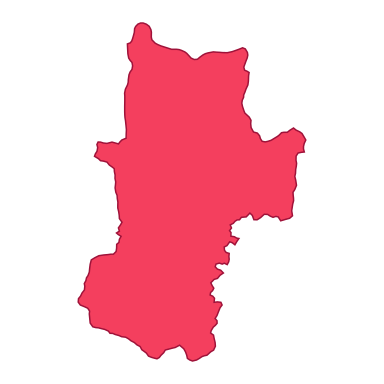 the district of Anhembi, São Paulo, Brazil
{"feature_id": "56859067B93211874574950", "entity_name": "Anhembi", "entity_type": "district", "adm_level": 2, "iso_a3": "BRA", "parent_name": "Brazil", "parent_adm1": "São Paulo", "projection": "mercator", "projection_center": [-48.17, -22.796], "detail": "fine", "context": "isolated", "style": "filled", "palette": "rose", "viewbox_px": 384, "rotation_deg": 0, "n_neighbors": 0, "source": "geoboundaries", "source_scale": "gbopen_adm2", "svg_char_len": 4044}
<svg xmlns="http://www.w3.org/2000/svg" viewBox="0 0 384 384"><path d="M249.1,72.5L247.0,71.2L244.6,70.2L243.8,67.1L246.1,60.7L247.2,58.0L247.8,55.1L247.4,52.4L245.3,48.9L242.6,47.8L238.6,49.4L234.4,50.9L232.0,51.7L227.3,52.7L222.8,52.6L219.2,52.3L217.0,52.2L213.3,51.9L208.0,52.9L205.3,53.7L203.0,54.9L199.7,57.3L197.4,59.3L194.2,59.5L191.1,58.1L186.7,53.3L184.8,51.9L181.5,50.4L179.2,49.6L176.6,49.3L171.6,49.3L163.4,46.7L160.9,45.9L157.8,44.6L155.2,43.2L151.9,39.8L151.3,37.1L151.4,32.2L150.9,29.6L149.2,26.3L146.4,24.2L143.1,23.0L140.6,23.0L137.9,24.1L135.7,26.4L134.6,28.6L134.3,32.5L133.3,36.2L132.6,38.6L131.7,41.1L130.2,42.9L127.4,43.9L127.6,48.4L127.9,53.9L128.7,58.1L130.0,60.2L132.0,62.5L132.6,65.8L132.0,69.4L130.1,72.0L129.0,74.8L128.3,79.7L128.2,82.3L127.5,84.9L125.4,89.2L124.6,93.2L124.8,96.1L124.8,101.0L124.7,106.1L124.7,111.6L124.8,114.9L125.0,117.7L125.5,120.7L126.0,125.5L126.4,129.7L126.2,133.8L126.1,138.2L121.8,140.0L119.8,142.1L118.5,143.9L112.0,142.1L107.0,143.4L103.4,143.0L100.5,142.1L98.1,142.0L96.9,144.5L97.7,147.5L97.0,151.3L95.4,153.8L94.5,156.3L98.5,158.7L100.5,160.7L103.4,161.1L107.0,162.1L109.3,165.0L111.9,166.8L114.2,168.6L114.4,171.7L115.1,175.0L115.0,178.4L115.7,181.9L115.5,184.4L115.1,187.9L115.8,192.2L117.1,195.4L117.3,198.6L117.9,202.1L117.8,205.2L117.8,208.0L118.7,211.8L119.2,215.2L119.4,218.6L122.0,222.2L120.5,224.9L118.4,227.9L119.4,231.1L116.5,233.0L118.2,234.5L121.1,236.3L119.4,239.3L118.9,242.5L116.7,244.3L116.6,248.1L116.1,251.5L113.4,254.2L110.9,254.2L108.0,254.6L103.5,255.0L98.9,255.7L94.9,257.7L91.3,259.9L90.2,264.2L89.7,268.0L89.3,272.1L88.0,275.6L86.5,277.8L85.9,280.6L84.3,283.6L84.8,286.2L84.4,290.0L82.1,292.9L80.5,296.2L78.5,298.6L78.2,302.1L80.3,305.0L84.7,306.8L87.7,308.2L89.6,311.1L89.3,313.9L89.8,319.1L90.2,323.1L92.8,326.8L95.8,327.6L98.4,327.8L101.3,328.6L104.7,329.4L108.4,331.1L110.0,333.3L112.7,333.4L115.2,334.5L118.9,335.5L121.6,336.7L125.7,337.2L128.5,338.8L131.0,340.8L134.3,342.5L137.0,344.9L140.1,346.5L141.8,349.7L143.9,351.2L146.4,353.1L148.5,356.1L151.4,357.3L154.5,358.2L157.0,358.8L159.3,357.5L160.9,355.4L163.7,352.7L165.3,350.0L168.4,349.2L172.1,348.2L175.2,347.5L179.6,345.2L183.8,348.8L185.5,351.9L186.7,355.1L187.4,358.4L189.8,360.0L192.5,361.0L196.6,360.0L199.2,358.5L202.0,356.6L204.2,355.8L207.0,355.2L210.6,351.9L213.6,350.1L215.4,346.2L215.1,342.5L214.1,338.3L213.5,335.1L210.6,333.0L211.2,330.6L213.3,327.1L215.4,325.3L217.1,323.3L217.0,320.7L215.1,318.5L217.0,315.5L218.3,312.1L220.1,307.7L222.1,305.0L220.9,302.3L217.4,301.9L214.1,302.3L214.5,298.3L212.8,296.2L210.1,295.0L210.6,292.5L212.6,290.6L213.8,288.2L212.2,285.7L210.8,282.8L214.1,279.4L217.5,278.4L220.0,275.3L223.4,273.0L220.7,270.2L217.4,269.1L215.2,266.8L216.0,264.1L219.3,263.1L222.2,264.1L224.3,263.2L227.2,264.6L228.7,261.8L229.2,259.2L228.9,256.5L229.2,253.4L226.2,252.5L224.5,250.3L224.2,247.0L227.0,245.6L229.7,241.8L232.2,242.7L234.9,244.8L236.9,241.4L238.9,238.5L236.7,238.1L234.3,236.7L230.9,236.2L231.0,232.5L229.5,230.7L231.5,228.0L230.2,224.9L233.3,223.3L235.1,221.2L237.2,219.9L239.5,219.8L241.4,217.3L246.2,216.9L249.9,213.1L252.3,215.4L253.9,219.7L257.1,219.8L260.6,217.6L264.2,214.3L267.6,214.4L270.2,216.1L273.0,217.3L275.9,216.4L278.2,216.9L280.7,220.8L285.8,219.3L289.6,218.3L292.5,215.8L291.7,210.8L292.7,204.1L293.6,200.7L293.5,198.0L293.2,195.4L293.0,192.3L294.8,189.5L296.5,185.3L295.7,180.1L294.8,176.4L295.5,173.4L295.7,169.4L296.3,166.2L296.6,163.3L296.0,160.2L296.1,156.1L298.1,153.0L301.5,152.3L304.3,152.0L303.5,149.0L303.5,146.5L304.2,143.5L305.8,140.0L303.8,136.5L302.0,133.5L299.7,131.8L296.1,130.1L293.5,128.0L289.8,130.3L287.3,132.3L283.8,132.3L281.5,132.7L279.3,135.0L277.5,136.4L274.7,138.1L271.1,140.3L268.0,141.3L265.2,141.9L262.1,141.3L260.4,138.6L259.6,135.8L257.4,133.1L253.5,132.0L251.1,127.6L250.7,123.7L251.0,120.3L249.2,117.1L244.8,113.0L243.9,110.7L242.5,106.5L241.8,103.2L242.3,100.1L243.6,97.3L243.7,94.9L244.9,92.2L245.9,89.3L247.9,84.9L248.4,81.1L248.6,75.7L249.1,72.5Z" fill="#f43f5e" stroke="#9f1239" stroke-width="1.5"/></svg>